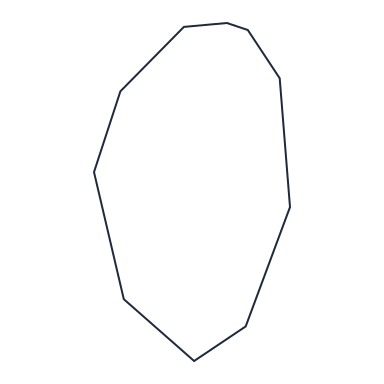 map outline of Brändö (Albers equal-area conic projection)
{"feature_id": "ALD-4823", "entity_name": "Brändö", "entity_type": "state/province", "adm_level": 1, "iso_a3": "ALA", "parent_name": "Aland", "parent_adm1": "", "projection": "albers", "projection_center": [21.08, 60.465], "detail": "fine", "context": "isolated", "style": "outline", "palette": "slate", "viewbox_px": 384, "rotation_deg": 0, "n_neighbors": 0, "source": "natural_earth", "source_scale": "10m", "svg_char_len": 252}
<svg xmlns="http://www.w3.org/2000/svg" viewBox="0 0 384 384"><path d="M247.8,30.0L279.7,78.3L290.0,207.1L245.7,326.4L194.1,361.0L123.8,299.2L94.0,172.1L120.4,91.3L183.9,26.9L226.9,23.0L247.8,30.0Z" fill="none" stroke="#1e293b" stroke-width="2"/></svg>